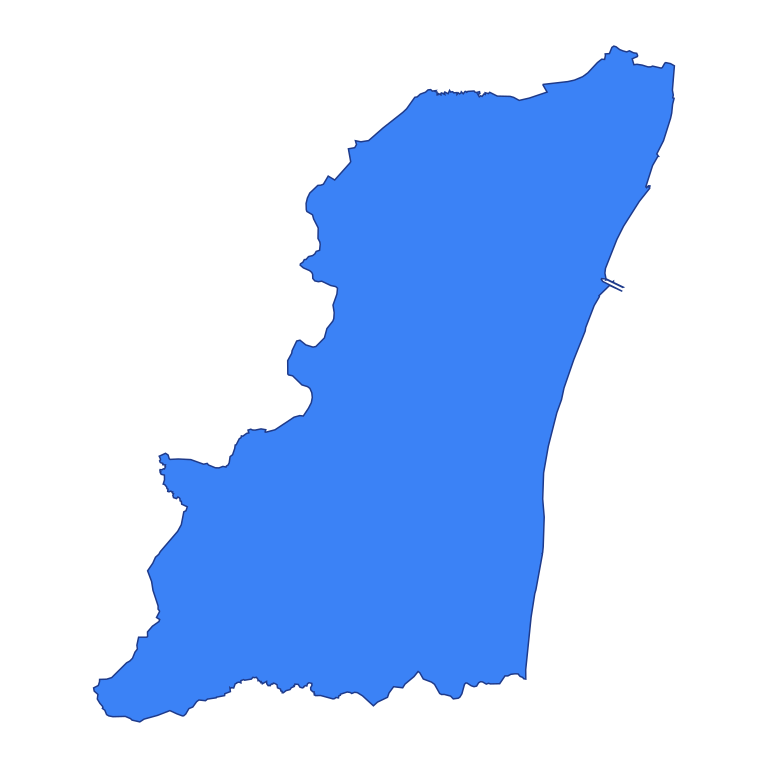 Cha-Am, Phetchaburi, Thailand (Albers equal-area conic projection)
{"feature_id": "78962969B57649176029209", "entity_name": "Cha-Am", "entity_type": "district", "adm_level": 2, "iso_a3": "THA", "parent_name": "Thailand", "parent_adm1": "Phetchaburi", "projection": "albers", "projection_center": [99.881, 12.769], "detail": "fine", "context": "isolated", "style": "filled", "palette": "blue", "viewbox_px": 768, "rotation_deg": 0, "n_neighbors": 0, "source": "geoboundaries", "source_scale": "gbopen_adm2", "svg_char_len": 6028}
<svg xmlns="http://www.w3.org/2000/svg" viewBox="0 0 768 768"><path d="M674.4,65.8L670.5,63.6L665.8,62.6L664.8,63.1L662.3,67.5L661.2,68.1L652.6,66.1L650.6,66.9L648.0,66.9L642.2,65.1L637.0,64.3L633.9,64.7L632.2,58.8L637.4,56.5L637.6,55.4L636.7,53.3L633.5,52.8L629.4,50.8L626.7,51.9L623.3,51.0L619.7,49.6L616.1,46.8L613.8,46.1L611.9,47.4L609.4,53.6L605.2,53.9L605.4,55.6L604.6,59.4L601.7,59.2L597.4,62.6L587.8,72.9L582.6,76.7L574.5,80.1L567.8,81.6L543.2,84.4L543.0,85.0L547.1,92.1L529.2,98.1L519.2,100.4L513.7,97.4L510.2,96.4L497.3,96.1L489.7,92.3L488.4,93.6L485.1,92.7L485.2,94.4L483.9,94.0L482.1,96.4L480.7,95.8L479.3,96.8L477.7,94.0L479.0,94.1L479.9,93.5L479.5,91.7L476.4,92.5L474.8,92.0L474.1,91.0L467.8,91.4L466.7,92.3L465.8,91.4L465.0,91.5L463.2,93.8L461.3,91.8L460.9,93.0L459.6,93.9L458.2,92.8L457.0,94.4L456.8,92.6L453.7,92.8L452.7,91.7L450.5,92.0L449.6,90.4L448.1,93.7L444.8,92.0L444.3,92.7L444.8,94.5L441.6,92.9L440.9,93.3L440.9,94.9L438.6,93.6L438.1,94.7L437.1,94.9L437.1,92.1L435.3,91.5L436.0,90.6L432.3,91.1L430.7,89.6L428.0,89.9L425.5,92.2L420.3,94.1L417.2,96.9L414.8,97.3L406.6,108.8L402.9,112.3L383.1,127.9L368.6,140.6L360.9,141.8L355.4,140.7L356.5,144.6L354.7,147.7L348.4,148.8L350.7,161.7L349.8,163.1L334.7,180.0L328.2,176.1L323.4,184.2L320.8,185.2L317.8,185.4L309.8,193.0L307.4,198.0L306.1,203.4L306.3,209.8L306.9,211.5L312.5,214.8L313.6,218.9L318.2,227.9L318.0,238.5L319.8,241.9L320.2,244.3L319.6,250.3L316.2,251.4L314.8,253.9L312.6,255.6L308.5,256.6L306.2,259.4L304.3,259.6L302.9,262.2L300.4,263.9L300.2,265.2L303.4,267.9L309.6,270.6L311.7,272.4L312.6,274.2L312.8,278.5L314.8,280.9L318.3,281.7L321.7,281.2L330.7,285.5L335.7,286.6L337.5,288.2L336.9,294.1L333.0,305.1L334.2,312.7L333.8,318.5L332.9,321.0L326.9,328.6L324.4,337.9L315.9,346.5L313.0,347.1L305.8,344.9L300.0,340.2L296.7,341.0L292.1,350.6L291.7,353.3L287.7,360.6L287.8,374.0L288.5,374.9L292.6,375.8L301.9,384.9L307.5,386.6L309.9,388.4L311.8,392.8L312.3,397.5L311.3,402.7L308.5,408.2L303.3,416.0L299.7,415.6L294.0,417.2L275.0,429.8L265.9,432.2L265.1,431.9L265.8,429.7L261.0,428.9L255.2,430.1L252.5,430.0L250.8,429.2L248.0,430.1L248.8,432.9L246.6,433.4L242.8,436.2L241.4,435.9L241.0,437.7L239.3,438.7L236.2,444.8L235.2,445.0L234.7,448.5L232.6,454.7L230.1,456.6L229.2,462.8L228.0,465.1L226.4,466.0L226.0,467.0L222.9,466.4L219.0,467.9L215.4,467.8L208.5,465.0L207.2,463.4L203.6,464.2L190.8,459.6L178.4,459.0L170.0,459.4L169.2,458.7L168.1,455.0L165.5,453.3L159.2,456.2L160.4,458.8L160.5,459.9L159.6,460.8L160.3,462.5L162.9,463.5L162.8,464.7L165.5,464.9L165.0,466.3L165.5,466.8L164.4,469.0L163.4,468.8L161.9,469.8L160.1,469.6L159.9,470.2L160.0,471.3L160.8,471.9L160.2,472.5L161.2,474.3L164.4,475.1L164.5,479.9L163.2,484.1L164.6,484.5L166.6,486.9L167.0,488.6L168.0,489.1L167.7,491.4L169.0,491.8L170.9,491.1L171.9,492.1L172.6,491.9L172.5,493.1L173.6,493.8L172.8,495.2L173.5,497.6L176.5,498.6L177.9,497.0L179.1,497.7L179.9,498.5L180.1,500.9L181.3,501.3L181.7,504.2L187.3,506.8L186.0,510.7L183.8,511.8L181.3,524.7L177.7,531.3L160.3,551.6L158.8,554.3L155.5,557.2L152.8,563.2L147.6,570.8L151.6,581.5L153.0,590.4L158.1,605.9L158.1,609.2L159.4,610.7L159.5,611.7L156.5,617.5L159.7,619.5L159.0,621.5L152.4,626.2L147.5,631.9L147.6,636.3L146.8,637.2L138.6,637.2L136.9,645.2L137.4,649.0L135.0,652.1L132.5,658.3L129.7,661.1L126.6,662.8L111.7,677.6L106.6,679.2L99.6,679.4L99.5,681.8L98.3,685.5L93.6,687.9L94.2,691.1L97.9,694.4L97.3,699.0L99.9,703.3L102.5,706.3L102.9,707.6L102.4,708.4L104.8,710.2L106.6,714.6L108.8,715.9L112.9,716.7L125.3,716.4L130.5,718.6L132.0,720.1L139.8,721.9L144.1,719.1L157.5,715.4L169.9,710.6L176.8,713.8L182.4,715.9L183.7,715.8L185.7,714.1L188.9,708.6L192.8,707.0L196.6,701.7L198.9,700.0L205.5,700.7L207.4,699.1L216.2,697.8L216.4,697.2L224.6,695.6L224.8,693.7L230.4,691.6L229.9,687.7L230.6,688.3L231.4,687.7L233.7,688.0L235.2,683.8L236.7,683.2L236.9,682.6L239.1,682.1L240.9,682.9L240.9,680.6L243.7,679.6L244.6,680.2L251.4,679.1L252.9,677.3L254.5,677.7L256.4,677.3L258.0,679.4L258.0,680.7L259.3,680.6L260.1,681.7L261.1,681.6L260.9,682.7L262.0,682.8L262.3,683.8L266.6,681.4L266.7,683.7L268.2,685.7L269.1,685.3L270.0,685.8L271.4,684.0L272.7,684.1L273.3,683.1L274.9,683.5L277.0,684.7L277.5,687.8L280.5,689.1L280.9,691.0L282.1,691.3L282.2,692.8L283.3,692.8L286.1,690.6L290.0,689.6L291.3,687.7L294.2,686.5L293.9,685.6L294.6,685.5L294.9,684.1L298.2,684.4L300.0,687.2L302.3,687.9L303.7,687.4L303.8,686.6L305.4,685.6L306.8,686.0L307.5,683.7L309.0,682.7L311.8,683.4L311.9,685.5L310.6,687.7L310.8,689.9L312.8,691.8L314.2,692.0L314.0,693.3L314.7,694.0L314.2,694.8L315.5,695.6L320.6,695.5L333.0,698.9L334.7,698.6L335.8,697.5L338.5,697.9L338.7,696.0L340.4,695.2L340.5,694.2L347.2,692.0L350.3,692.5L351.7,693.5L354.6,692.3L357.3,692.6L362.5,695.8L373.4,705.8L377.5,702.1L387.5,697.3L389.0,693.0L393.6,686.7L402.7,687.8L405.0,684.1L414.0,676.6L418.1,671.5L419.8,672.8L423.3,679.0L431.5,682.1L434.5,684.3L439.7,693.5L441.6,694.5L444.2,694.4L450.6,696.1L453.3,698.9L458.3,698.2L459.9,697.1L461.9,693.8L464.5,684.3L465.8,683.0L467.1,683.1L471.3,685.8L474.0,686.7L476.6,686.1L478.6,682.8L480.5,681.7L482.5,681.9L486.3,684.1L488.4,683.3L490.5,683.9L499.7,683.7L505.0,675.9L507.9,675.9L510.9,674.3L515.0,673.8L518.0,673.9L520.1,676.4L522.7,677.4L523.6,678.7L525.8,679.1L525.7,669.8L531.1,617.1L534.8,593.5L535.9,589.8L542.4,554.2L542.1,553.4L542.6,553.0L543.2,546.9L544.2,517.1L542.7,499.0L543.6,472.9L548.3,446.3L556.8,412.8L561.5,399.7L564.0,388.0L573.8,359.6L585.2,331.0L585.7,327.6L594.2,305.5L599.0,297.3L599.4,296.2L599.0,295.7L609.6,285.4L622.3,291.3L602.8,281.5L601.3,279.4L601.6,278.6L605.5,279.0L606.2,279.5L605.9,280.0L607.1,279.8L622.8,287.4L623.3,287.2L613.5,282.5L613.5,281.2L612.4,282.0L606.0,278.8L604.9,273.1L605.5,268.3L616.9,239.4L623.6,226.1L639.3,201.4L649.7,188.3L649.7,187.6L648.3,186.7L650.6,185.9L648.4,185.8L646.6,187.7L645.8,186.8L652.6,165.5L657.9,156.3L658.5,156.3L656.8,153.9L663.5,140.7L670.6,118.2L671.7,113.1L672.6,104.3L674.1,98.3L672.7,97.8L673.3,95.1L672.4,90.2L674.4,65.8Z" fill="#3b82f6" stroke="#1e3a8a" stroke-width="1.5"/></svg>